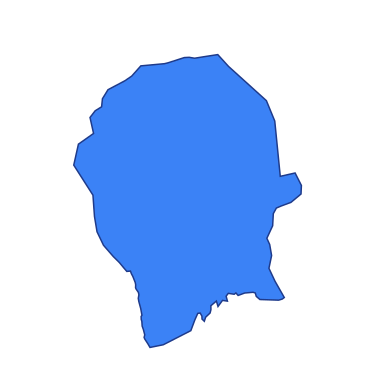 Bida, Niger, Nigeria, rotated 64°
{"feature_id": "59680162B96484505623852", "entity_name": "Bida", "entity_type": "district", "adm_level": 2, "iso_a3": "NGA", "parent_name": "Nigeria", "parent_adm1": "Niger", "projection": "albers", "projection_center": [6.019, 9.036], "detail": "fine", "context": "isolated", "style": "filled", "palette": "blue", "viewbox_px": 384, "rotation_deg": 64, "n_neighbors": 0, "source": "geoboundaries", "source_scale": "gbopen_adm2", "svg_char_len": 1311}
<svg xmlns="http://www.w3.org/2000/svg" viewBox="0 0 384 384"><g transform="rotate(64 192 192)"><path d="M327.3,155.3L308.5,156.5L294.3,156.3L284.0,148.3L273.3,145.2L266.4,145.0L257.7,134.3L247.1,128.4L243.4,123.2L243.7,117.7L244.7,107.6L241.6,94.9L234.1,90.8L220.1,91.0L216.6,105.8L164.5,86.5L142.5,85.1L95.2,104.1L79.8,108.6L76.0,120.8L72.9,131.0L69.7,135.5L67.8,140.0L65.3,157.3L64.6,160.5L56.2,182.7L61.4,195.4L62.6,203.7L63.2,222.6L68.9,231.6L75.8,235.9L76.5,243.3L80.3,251.0L96.2,254.8L99.2,273.1L116.0,286.5L151.4,282.4L171.3,290.4L186.1,294.8L201.1,294.9L215.6,291.0L223.6,288.2L229.8,286.7L234.8,285.4L236.1,282.0L238.9,282.3L241.8,282.2L248.5,282.7L250.7,283.3L253.3,284.7L254.6,284.8L258.8,284.2L261.1,284.8L264.0,286.9L267.1,287.8L274.3,289.2L280.8,291.0L281.6,292.3L284.3,293.5L286.3,293.8L290.7,295.6L294.3,296.0L299.7,297.1L301.7,298.8L303.5,298.9L309.2,298.2L313.3,297.9L316.7,284.8L316.3,263.9L316.1,253.8L308.2,245.5L303.6,240.0L304.4,237.7L307.9,237.5L310.6,238.7L313.6,237.6L310.5,234.6L308.7,228.8L306.1,226.6L302.5,224.9L300.7,217.9L306.3,218.8L302.8,212.1L305.6,208.0L300.6,207.0L299.0,203.8L302.4,198.9L302.0,196.8L305.2,195.9L305.9,188.9L308.9,181.1L310.5,179.4L314.0,180.0L318.4,178.1L327.2,161.5L327.8,157.8L327.3,155.3Z" fill="#3b82f6" stroke="#1e3a8a" stroke-width="1.5"/></g></svg>